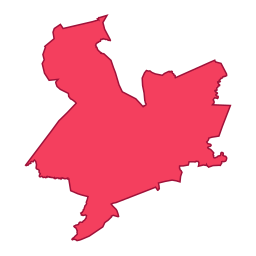 San Luis Acatlán, Guerrero, Mexico
{"feature_id": "50627088B39564204032097", "entity_name": "San Luis Acatlán", "entity_type": "district", "adm_level": 2, "iso_a3": "MEX", "parent_name": "Mexico", "parent_adm1": "Guerrero", "projection": "mercator", "projection_center": [-98.707, 16.871], "detail": "fine", "context": "isolated", "style": "filled", "palette": "rose", "viewbox_px": 256, "rotation_deg": 0, "n_neighbors": 0, "source": "geoboundaries", "source_scale": "gbopen_adm2", "svg_char_len": 5691}
<svg xmlns="http://www.w3.org/2000/svg" viewBox="0 0 256 256"><path d="M25.6,165.2L26.1,165.6L26.6,165.5L27.0,165.1L28.0,165.2L29.3,163.6L30.3,163.5L30.8,163.3L30.7,162.9L30.8,161.9L31.2,161.6L31.8,161.4L32.9,161.8L33.3,161.7L33.5,160.9L34.5,160.0L35.8,161.6L36.5,164.7L36.1,167.9L36.3,168.5L36.8,169.0L38.1,169.5L39.0,170.2L39.3,170.6L39.0,172.0L39.4,172.8L40.2,173.5L40.3,173.7L40.0,174.4L39.5,175.0L39.3,175.8L39.4,176.4L39.8,176.8L40.2,176.9L41.6,176.4L42.3,176.5L43.1,177.5L43.8,177.4L44.4,177.1L45.8,177.7L46.2,177.3L46.4,177.4L46.6,177.4L46.6,177.0L46.9,177.1L47.1,176.7L47.3,177.1L48.4,176.8L48.9,177.0L49.0,176.7L49.5,176.8L49.4,177.0L49.7,177.2L49.9,177.1L50.3,177.4L51.2,177.3L51.8,177.6L52.4,177.5L53.8,177.8L54.2,178.3L54.6,177.6L55.6,178.6L57.0,177.8L57.7,178.0L58.7,178.1L59.1,178.7L59.6,178.4L60.3,178.2L61.0,179.1L61.8,178.3L62.0,177.7L62.4,177.8L62.9,178.0L63.2,178.4L63.8,178.3L64.4,178.7L65.8,178.7L67.4,178.2L67.2,178.7L67.8,179.1L68.8,179.0L70.7,190.7L77.7,193.7L81.4,194.9L88.0,196.6L87.3,199.5L86.3,202.2L86.3,202.6L86.6,203.5L86.2,204.5L84.8,206.1L84.8,206.7L84.2,208.2L84.1,209.0L83.9,209.4L83.3,209.8L83.4,210.5L82.3,211.9L82.3,212.3L80.8,213.1L81.4,214.3L81.3,214.5L81.3,214.9L81.6,215.1L82.5,215.0L82.6,215.3L83.0,215.5L85.4,214.9L86.5,215.6L86.0,218.3L85.4,218.9L84.5,220.3L83.4,220.9L82.4,222.2L81.0,222.3L80.5,222.1L79.8,222.2L79.2,222.7L78.9,223.5L78.4,224.5L76.8,225.0L76.0,225.0L75.5,225.5L74.1,226.0L73.9,226.3L74.1,226.7L75.0,227.5L75.3,227.7L75.8,227.8L76.7,229.6L77.0,230.5L77.3,230.7L77.0,232.2L77.3,233.7L77.2,234.3L74.8,236.5L73.9,237.6L73.0,238.1L72.3,238.7L72.0,239.5L72.5,239.8L73.2,239.4L74.4,239.3L75.9,239.8L77.0,240.6L79.7,240.0L81.4,239.4L89.2,236.1L102.8,226.9L104.1,224.1L104.6,222.9L105.4,222.1L108.0,220.3L111.5,216.9L111.4,216.2L113.2,215.3L118.1,216.7L118.6,216.4L118.0,213.9L116.9,210.7L116.1,209.4L112.3,205.6L111.2,204.1L113.0,203.2L116.0,202.6L155.6,187.2L157.6,190.2L158.2,190.0L158.2,189.7L158.4,189.2L158.7,189.0L159.2,189.0L159.3,188.8L159.1,187.2L159.0,185.7L158.7,184.4L158.5,183.0L165.5,181.3L172.1,180.1L176.2,180.8L180.0,181.9L180.6,176.3L182.0,172.2L181.6,171.9L181.1,170.7L180.3,170.0L179.9,169.3L179.8,168.5L179.5,168.2L179.6,166.0L183.2,165.9L188.3,165.0L189.1,161.8L194.2,161.8L195.1,162.0L196.2,161.2L196.8,161.5L197.1,161.4L198.0,161.4L198.7,162.3L198.9,163.0L198.7,165.0L198.4,166.2L203.4,165.0L206.1,165.4L206.5,164.6L206.6,165.0L207.4,165.8L207.5,166.3L208.6,166.8L208.7,167.1L212.9,165.6L219.1,165.3L220.4,165.4L220.6,164.8L221.7,163.2L221.7,161.8L222.5,161.5L223.5,161.7L224.2,161.6L225.6,161.1L226.1,160.4L226.6,158.9L226.7,158.1L226.5,157.4L225.6,156.3L225.2,156.4L222.9,155.4L222.9,154.8L223.3,154.3L223.3,153.6L222.9,152.7L222.3,152.5L221.5,152.4L221.1,152.7L220.8,153.4L220.9,154.0L220.7,154.7L220.3,155.5L220.0,155.7L218.2,156.0L216.8,157.2L216.1,157.3L215.6,157.7L214.4,157.9L213.8,157.6L213.5,156.7L213.7,156.3L213.7,155.7L213.2,155.1L213.1,154.7L213.1,154.1L213.5,153.7L213.7,152.8L211.0,149.8L209.8,149.0L208.6,148.7L208.2,148.3L207.8,147.8L207.7,147.4L207.9,147.2L208.9,146.7L210.2,146.4L210.6,146.1L211.1,145.4L210.9,144.7L210.6,144.4L209.8,144.1L207.9,143.7L206.7,142.0L208.1,140.4L208.8,138.9L208.7,138.2L211.8,137.2L218.9,136.1L222.4,126.2L230.4,105.5L212.4,104.8L212.6,104.4L213.5,103.8L214.1,102.7L214.1,102.1L214.0,101.2L213.5,100.6L213.2,99.7L214.5,97.9L214.9,97.7L215.9,98.1L216.8,98.1L217.4,98.5L217.9,98.1L218.2,97.4L218.2,96.8L218.1,96.4L216.5,95.8L215.9,95.1L215.9,94.5L216.1,94.3L217.0,93.9L217.2,93.7L217.4,93.2L217.3,92.9L216.3,92.5L215.2,91.5L215.0,90.9L215.0,90.5L215.3,90.3L215.9,90.3L216.4,90.6L216.6,90.6L216.9,90.3L217.0,89.9L216.7,88.7L216.7,88.1L217.9,87.0L218.2,86.1L219.5,85.7L219.7,85.1L219.6,84.8L218.8,84.5L218.7,83.8L217.9,83.0L217.7,81.9L218.1,81.8L219.0,82.1L219.9,81.9L220.2,81.4L219.2,80.8L219.1,80.6L219.1,80.4L219.5,80.0L220.0,79.8L220.5,78.9L220.9,78.7L221.0,78.3L221.7,78.3L222.4,77.8L222.7,77.5L222.7,77.1L223.0,76.8L224.0,76.4L224.2,76.6L224.9,76.3L225.3,76.3L225.4,76.1L226.6,75.7L226.7,75.1L226.5,74.4L226.5,73.9L221.0,63.4L215.7,62.0L215.5,61.4L214.6,60.8L214.6,60.3L210.4,62.1L175.5,77.7L175.3,77.7L175.1,75.6L174.6,75.2L174.1,75.2L173.8,74.6L173.6,73.9L172.5,73.2L172.2,72.9L172.1,72.5L172.3,71.8L172.2,71.5L171.8,71.4L171.1,71.2L170.5,71.8L170.2,71.9L169.7,71.9L169.4,71.4L168.9,71.4L164.4,73.5L162.3,75.3L155.3,73.9L151.8,72.4L149.9,70.9L148.5,71.1L146.4,70.5L144.5,72.9L142.2,78.1L142.6,85.5L144.1,93.0L144.8,100.7L145.0,100.9L145.4,103.0L146.1,103.7L146.0,104.8L144.9,105.6L144.1,105.6L144.1,106.1L143.4,106.4L143.1,106.7L135.8,98.8L122.3,91.8L119.0,84.9L115.4,72.7L113.4,67.5L111.0,60.4L103.9,53.8L103.2,53.7L102.9,53.5L102.2,53.6L101.8,53.3L101.5,53.4L100.9,53.2L101.0,52.9L100.7,52.9L100.6,52.4L100.0,52.1L99.6,51.5L99.1,51.3L98.4,50.4L97.5,49.6L97.2,48.1L96.7,47.2L96.2,47.3L96.1,46.1L95.9,45.9L95.9,45.6L95.6,45.3L95.9,44.6L96.1,43.9L96.6,43.4L97.0,43.2L97.3,42.5L98.2,42.3L98.5,42.3L98.8,41.8L99.2,41.5L100.4,41.2L100.6,40.7L100.6,39.9L100.9,39.3L101.5,39.3L102.1,39.4L102.8,38.8L103.2,38.6L103.8,39.1L104.8,39.0L105.4,39.5L105.9,39.4L107.3,39.5L107.6,39.6L107.8,40.0L108.1,40.3L108.8,40.3L109.2,40.2L110.1,40.6L110.3,40.6L110.4,40.3L109.9,39.2L104.6,29.2L102.9,22.5L107.0,15.4L99.2,17.7L98.9,17.6L98.6,17.8L98.6,18.1L98.3,18.4L98.5,19.2L98.1,18.8L97.8,18.8L98.0,19.0L98.0,19.7L97.7,19.6L97.5,20.2L92.4,21.7L63.1,28.5L60.4,24.4L54.3,28.5L53.0,32.2L54.1,38.7L44.8,46.4L45.4,47.3L42.9,54.6L44.2,59.8L42.2,63.6L44.5,73.2L49.1,80.3L58.0,79.4L55.7,82.2L56.0,83.6L57.0,86.4L60.2,89.3L68.4,93.4L68.7,96.4L70.5,98.8L72.3,99.7L74.9,101.7L76.2,103.2L67.0,112.9L58.9,120.8L51.8,130.5L25.6,165.2Z" fill="#f43f5e" stroke="#9f1239" stroke-width="1.5"/></svg>